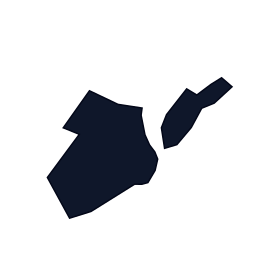 Liepāja, Robinson projection, rotated 227°
{"feature_id": "LVA-4848", "entity_name": "Liepāja", "entity_type": "Republican City", "adm_level": 1, "iso_a3": "LVA", "parent_name": "Latvia", "parent_adm1": "", "projection": "robinson", "projection_center": [21.027, 56.53], "detail": "fine", "context": "isolated", "style": "filled", "palette": "ink", "viewbox_px": 256, "rotation_deg": 227, "n_neighbors": 0, "source": "natural_earth", "source_scale": "10m", "svg_char_len": 523}
<svg xmlns="http://www.w3.org/2000/svg" viewBox="0 0 256 256"><g transform="rotate(227 128 128)"><path d="M133.0,151.9L128.4,146.3L111.5,135.8L100.9,132.2L92.2,131.3L85.0,128.5L78.5,118.9L74.5,105.3L77.4,99.8L82.4,94.5L92.2,44.0L101.9,23.8L146.8,35.3L156.6,88.1L172.3,80.8L181.5,125.2L152.1,136.8L133.0,151.9ZM87.2,232.2L87.4,208.0L92.2,195.4L85.2,174.6L82.5,152.4L88.2,140.9L105.4,152.6L111.5,165.3L116.6,197.6L105.2,200.8L103.3,218.5L100.9,230.7L87.2,232.2Z" fill="#0f172a" stroke="#020617" stroke-width="1.5"/></g></svg>